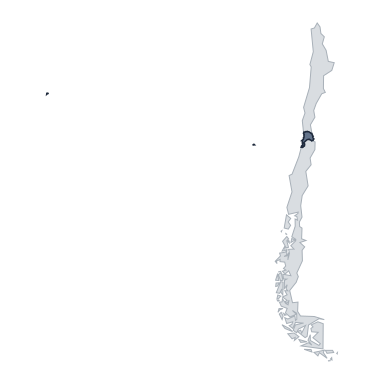 Chile, with Valparaíso highlighted
{"feature_id": "CHL-2699", "entity_name": "Valparaíso", "entity_type": "Region", "adm_level": 1, "iso_a3": "CHL", "parent_name": "Chile", "parent_adm1": "", "projection": "mercator", "projection_center": [-76.99, -30.119], "detail": "fine", "context": "in_parent", "style": "filled", "palette": "slate", "viewbox_px": 384, "rotation_deg": 0, "n_neighbors": 0, "source": "natural_earth", "source_scale": "10m", "svg_char_len": 6196}
<svg xmlns="http://www.w3.org/2000/svg" viewBox="0 0 384 384"><path d="M311.1,29.0L314.4,28.0L317.2,23.0L320.0,26.9L320.9,33.5L324.3,36.8L322.3,43.9L326.1,50.3L328.3,61.4L334.2,62.7L331.8,70.4L323.6,75.7L323.4,88.6L325.3,92.4L321.7,93.8L316.2,103.5L313.7,110.5L314.9,117.2L310.4,124.8L313.3,141.3L315.1,141.9L314.9,149.6L310.1,158.0L311.1,164.8L305.8,171.4L308.1,185.9L302.2,195.5L300.7,205.7L302.0,217.1L299.4,222.0L299.6,226.5L302.0,228.1L301.6,238.8L306.0,240.5L299.9,242.5L304.7,246.9L302.1,250.3L302.4,260.8L296.8,273.0L298.3,276.6L296.2,282.3L289.7,290.5L292.5,302.7L298.0,302.1L297.6,311.4L300.5,316.0L314.2,316.5L324.3,319.6L319.0,318.7L308.5,325.0L307.1,336.4L305.1,337.6L297.5,331.5L300.7,330.2L301.7,333.1L305.6,325.4L298.4,329.1L296.6,332.8L293.2,330.3L295.4,324.9L303.6,323.1L295.5,322.4L292.7,328.4L289.2,325.7L291.9,324.3L292.7,321.8L286.7,323.5L284.8,317.7L287.9,319.0L294.9,315.9L295.5,320.4L296.8,319.3L296.7,313.2L292.4,310.5L296.3,314.2L290.0,316.9L285.4,312.9L287.2,308.4L281.3,306.2L279.4,302.1L282.1,301.9L282.4,298.7L285.8,303.6L288.1,304.9L289.1,300.1L286.9,303.7L285.4,301.4L287.1,300.3L282.5,297.0L287.1,294.8L284.8,290.7L287.9,290.8L286.1,288.9L287.2,284.7L284.3,288.6L284.5,280.3L286.7,279.1L283.6,279.0L282.8,274.2L290.9,275.7L288.7,270.8L285.2,273.9L282.3,271.2L285.9,270.1L283.5,268.5L285.7,266.0L284.7,262.1L280.0,261.6L280.1,259.4L276.3,261.2L277.1,263.6L275.2,261.3L280.5,255.9L279.6,253.1L285.7,252.1L287.1,248.6L286.6,254.9L284.1,256.5L287.0,255.9L288.6,252.5L287.8,259.9L289.5,253.4L288.6,249.3L294.0,249.1L290.8,245.7L295.7,240.8L295.8,239.3L291.8,236.8L295.2,226.2L295.1,219.0L297.5,220.2L296.9,216.5L294.7,215.8L297.9,213.5L298.2,212.1L288.6,214.3L286.9,207.4L292.0,191.9L289.1,175.6L292.1,174.1L298.8,156.8L304.0,136.9L302.3,120.7L305.0,113.0L303.6,107.4L309.5,87.6L311.2,66.9L309.9,64.6L313.3,51.7L311.1,29.0ZM323.2,323.7L323.0,348.9L301.0,345.9L308.5,342.7L311.8,345.1L308.0,340.2L310.3,334.7L310.3,340.5L318.9,345.4L320.4,343.7L312.9,337.7L318.2,332.3L311.7,331.8L310.9,328.5L313.0,326.9L311.3,324.8L317.9,321.8L323.2,323.7ZM288.3,229.1L284.2,228.0L286.5,214.8L290.7,218.4L288.2,222.0L290.6,225.3L288.3,229.1ZM283.1,282.1L282.8,295.0L280.8,292.0L281.9,288.9L279.6,293.3L276.3,292.7L280.7,281.7L283.1,282.1ZM314.0,352.4L324.3,350.2L323.3,352.5L327.1,358.3L319.4,352.7L317.9,355.9L314.0,352.4ZM288.6,238.9L286.8,240.8L288.5,247.3L286.1,247.8L282.6,241.3L286.8,236.5L288.6,238.9ZM294.1,333.0L298.9,336.7L294.4,340.4L295.2,337.4L292.1,338.8L287.8,333.8L294.1,333.0ZM298.9,339.5L307.1,341.8L300.7,342.4L298.9,339.5ZM333.7,352.5L327.0,353.3L325.4,350.4L332.6,350.4L333.7,352.5ZM282.9,280.3L280.5,280.6L278.3,274.5L281.2,272.7L282.9,280.3ZM278.9,280.6L275.6,280.2L277.4,274.4L278.9,280.6ZM295.1,240.0L290.9,242.5L291.8,238.5L295.1,240.0ZM281.2,312.4L283.1,316.1L282.1,319.5L279.3,314.1L281.2,312.4ZM282.0,324.7L289.1,328.4L292.6,331.6L285.0,328.5L282.0,324.7ZM285.2,250.6L282.1,251.1L284.7,246.4L285.2,250.6ZM304.1,349.3L311.1,349.6L311.9,352.0L304.1,349.3ZM279.3,282.8L277.4,286.1L275.7,286.5L276.1,283.0L279.3,282.8ZM280.8,296.1L278.3,298.9L277.0,298.5L277.8,295.0L280.8,296.1ZM283.0,308.5L279.7,309.9L278.0,312.3L279.0,308.6L283.0,308.5ZM278.0,301.2L277.1,300.0L279.2,300.3L278.0,301.2ZM289.3,243.0L288.0,241.4L288.3,240.5L289.2,241.0L289.3,243.0ZM285.9,315.0L284.5,315.3L283.6,313.4L285.9,315.0ZM280.6,271.8L278.2,271.9L280.5,271.4L280.6,271.8ZM331.7,357.6L332.0,360.0L330.4,359.1L331.7,357.6ZM285.8,233.5L287.1,234.5L285.8,234.0L285.8,233.5ZM330.7,360.6L328.6,361.0L328.5,360.7L330.7,360.6ZM337.4,352.6L337.2,353.9L336.7,353.4L337.4,352.6ZM253.7,144.3L253.0,145.0L253.7,144.3ZM281.7,230.8L281.3,231.7L281.1,231.2L281.7,230.8Z" fill="#d9dde1" stroke="#a8b0b8" stroke-width="1"/><path d="M312.1,134.1L312.2,134.8L312.3,135.1L312.6,135.2L312.7,135.3L312.8,135.5L312.8,135.8L313.0,136.2L312.9,136.2L312.7,136.2L312.7,136.3L312.7,136.5L312.8,137.5L312.9,137.8L313.3,138.2L313.5,138.4L313.6,138.5L313.8,138.6L313.8,139.0L313.7,139.1L313.7,139.4L313.6,139.6L313.3,139.7L313.2,139.8L313.2,140.1L312.9,140.1L312.2,140.6L311.8,141.0L311.7,141.0L311.5,140.8L311.3,140.5L311.1,140.3L310.7,140.2L309.7,139.4L309.5,139.6L309.3,139.7L309.1,139.6L308.9,139.3L308.5,139.3L308.0,139.5L307.8,139.5L307.7,139.5L307.4,139.6L306.7,140.0L304.1,142.4L304.0,142.7L304.1,143.1L304.6,143.8L304.6,144.3L304.7,144.7L304.7,145.0L304.4,145.3L304.3,145.6L304.4,146.0L304.2,146.2L303.9,146.3L303.7,146.3L303.2,146.9L303.2,147.0L302.2,147.5L302.0,147.4L301.9,147.3L301.7,147.3L301.5,147.2L301.4,147.2L301.2,147.2L301.3,147.0L301.4,146.3L301.6,146.0L301.6,145.9L301.8,145.8L302.0,145.8L302.2,145.7L302.3,145.6L302.6,145.3L302.7,145.0L302.7,144.8L302.7,144.6L302.7,144.3L302.7,144.2L302.8,144.2L302.8,143.7L302.3,143.1L302.3,142.8L302.3,142.7L302.5,142.6L302.6,142.4L302.5,142.1L302.5,141.9L302.4,141.8L302.3,141.6L302.2,141.0L302.2,140.9L302.0,140.5L301.9,140.5L302.1,140.3L302.4,140.3L302.5,140.2L302.6,139.9L302.8,139.8L303.1,139.8L303.2,139.7L303.3,139.6L303.4,139.3L303.3,139.2L303.5,138.9L303.6,138.6L303.5,138.4L303.4,138.1L303.4,137.9L303.5,137.8L303.7,137.7L303.8,137.6L303.7,137.4L304.0,137.2L304.1,136.9L304.1,136.4L304.0,136.2L303.9,135.9L303.9,135.7L304.0,135.6L304.1,135.4L304.2,135.0L304.2,134.9L304.3,134.8L304.3,134.7L304.1,134.3L303.9,134.3L303.9,134.2L303.9,133.8L303.8,133.7L303.7,133.6L303.5,133.4L303.4,133.2L303.5,133.1L304.0,132.2L304.1,131.9L304.4,132.1L304.8,132.2L305.0,132.2L305.6,131.8L305.7,131.6L305.9,131.6L306.2,131.5L306.8,131.8L307.1,131.8L307.2,131.5L307.4,131.4L307.5,131.5L308.2,131.7L308.4,131.7L308.5,131.7L308.8,131.8L309.0,131.8L309.2,132.0L309.5,132.3L309.8,132.5L310.2,132.6L310.4,132.7L310.5,132.8L310.6,133.1L310.8,133.2L310.9,133.3L311.0,133.3L311.3,133.4L311.6,133.3L311.7,133.6L311.7,133.8L311.8,133.9L312.1,134.0L312.1,134.1ZM48.1,93.4L48.1,93.5L47.8,93.7L47.7,93.8L47.4,93.8L47.2,93.9L47.1,94.0L46.9,94.0L46.7,94.2L46.8,93.4L46.9,93.2L47.1,93.1L47.5,93.3L47.8,93.4L48.0,93.3L48.1,93.4ZM254.3,144.6L254.5,144.8L254.4,144.8L254.2,144.9L253.8,144.7L253.7,144.8L253.4,144.9L253.2,145.0L253.1,144.8L253.3,144.6L253.5,144.6L253.6,144.4L253.8,144.3L254.1,144.4L254.1,144.5L254.3,144.6Z" fill="#64748b" stroke="#1e293b" stroke-width="1.5"/></svg>